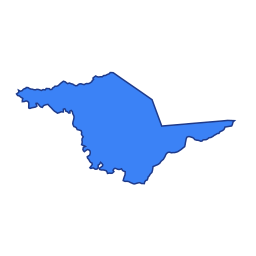 Sítio do Quinto, Bahia, Brazil, rotated 173°
{"feature_id": "56859067B85843569358413", "entity_name": "Sítio do Quinto", "entity_type": "district", "adm_level": 2, "iso_a3": "BRA", "parent_name": "Brazil", "parent_adm1": "Bahia", "projection": "albers", "projection_center": [-38.119, -10.319], "detail": "fine", "context": "isolated", "style": "filled", "palette": "blue", "viewbox_px": 256, "rotation_deg": 173, "n_neighbors": 0, "source": "geoboundaries", "source_scale": "gbopen_adm2", "svg_char_len": 3799}
<svg xmlns="http://www.w3.org/2000/svg" viewBox="0 0 256 256"><g transform="rotate(173 128 128)"><path d="M232.1,178.9L231.9,177.0L233.0,176.2L234.5,175.4L233.6,173.7L231.9,173.1L230.5,171.5L228.8,170.2L229.5,168.5L229.7,167.0L227.6,166.9L225.9,167.3L224.5,166.7L223.5,165.5L223.5,164.0L223.9,161.7L224.1,160.0L223.0,159.4L221.0,159.8L219.1,159.9L217.1,160.1L215.7,160.9L216.2,162.4L216.3,163.6L215.2,163.7L213.9,162.2L213.0,160.6L212.0,159.5L210.5,158.9L209.1,160.5L206.8,161.1L204.6,161.2L202.8,158.7L201.6,157.2L200.2,155.2L198.9,153.6L197.5,152.5L196.2,151.3L194.1,151.7L192.5,152.2L190.2,151.8L190.0,153.0L189.9,154.5L188.4,154.8L187.9,153.8L187.7,152.3L186.1,151.5L184.9,150.0L183.7,150.1L183.8,151.7L182.3,152.4L181.3,151.1L181.1,149.0L180.3,146.8L180.2,145.5L180.7,143.6L181.2,142.3L181.8,140.9L182.3,139.0L182.1,137.8L181.5,136.0L180.2,135.4L179.3,134.6L178.6,132.6L176.7,131.9L174.9,131.1L174.5,129.1L175.0,127.6L174.5,126.3L173.5,124.7L174.9,123.0L175.2,121.6L175.1,120.1L175.4,118.6L176.1,117.1L174.9,116.3L173.6,115.7L172.5,114.9L174.7,114.2L175.4,112.2L175.0,110.8L174.2,109.8L172.5,110.8L170.9,111.6L169.6,111.1L168.7,110.2L168.4,108.9L168.6,107.4L169.4,105.7L170.7,105.1L172.0,104.4L171.8,103.0L170.8,101.6L170.1,99.8L169.3,98.4L168.1,97.7L167.9,96.2L169.1,94.8L170.7,93.2L169.8,92.4L168.6,92.6L167.1,92.5L165.6,91.1L163.9,91.0L162.5,91.9L162.3,93.4L162.1,94.8L160.6,95.6L159.4,97.3L158.2,95.9L157.5,94.6L157.9,93.4L159.5,92.5L161.2,91.6L161.2,90.3L159.6,89.6L157.8,89.4L156.3,88.9L154.8,88.2L154.2,87.0L153.9,85.4L151.9,85.5L150.5,85.1L149.1,85.1L147.3,86.4L148.0,87.9L147.0,89.1L145.9,89.6L144.6,89.1L143.5,88.4L142.3,88.0L141.1,87.9L139.4,88.3L138.6,86.5L137.5,85.7L136.1,85.0L136.3,83.8L136.6,82.0L137.6,80.1L138.5,78.2L139.2,76.4L137.5,75.4L135.3,75.2L133.5,74.6L132.4,73.7L131.0,72.9L129.5,72.0L128.2,71.7L126.5,72.0L124.6,72.3L122.9,72.3L121.5,71.3L119.8,71.0L118.6,70.8L118.0,72.5L116.8,73.7L115.2,74.1L114.5,75.6L113.9,77.1L112.6,78.0L112.0,79.1L111.0,80.0L109.7,81.0L108.8,83.2L108.3,85.0L107.8,86.7L106.2,87.1L105.0,87.5L103.4,87.9L102.1,88.4L100.5,89.4L99.5,90.7L98.0,91.8L96.7,92.6L95.8,93.8L95.0,94.8L94.4,95.8L93.8,96.9L92.9,97.9L91.6,98.8L90.1,99.0L89.0,98.6L88.0,98.1L86.4,98.1L84.8,97.9L83.2,98.1L81.6,98.4L79.7,99.3L77.9,100.2L76.8,100.9L75.4,101.8L74.0,102.6L73.6,103.8L73.2,104.9L72.9,106.1L72.5,107.3L72.1,108.5L71.7,109.8L70.8,111.6L69.4,112.1L67.8,111.9L66.3,111.2L65.0,110.6L64.0,109.8L63.2,108.4L61.5,107.6L60.1,107.3L58.7,106.8L57.7,106.1L56.2,106.0L54.8,107.1L53.4,107.0L51.9,106.9L50.4,107.4L49.0,108.4L46.9,108.5L44.8,109.3L43.4,110.2L42.0,110.7L40.1,111.6L38.4,111.6L37.4,112.9L36.2,113.4L34.5,113.9L33.0,114.8L32.2,116.0L31.7,117.1L24.9,117.4L24.0,118.7L23.5,120.0L22.9,121.3L21.5,122.3L27.0,123.2L28.4,123.4L33.0,123.5L66.7,124.8L70.6,124.9L91.1,125.7L94.3,125.8L99.6,148.4L100.2,151.1L100.7,153.2L110.5,162.0L120.2,170.6L129.1,178.5L132.3,181.4L134.7,183.6L136.0,184.7L137.5,185.0L138.9,185.2L140.1,184.1L142.2,183.6L143.8,182.9L145.8,183.0L147.3,182.0L149.1,182.2L151.1,182.2L152.7,182.8L153.7,183.6L155.0,182.9L156.7,181.8L156.3,180.3L157.6,179.6L158.2,178.5L159.3,177.8L161.0,177.0L162.4,176.9L163.6,177.2L164.7,177.0L166.3,176.4L167.9,177.0L169.2,177.6L170.5,177.7L171.9,177.3L173.2,176.3L174.8,176.3L176.2,177.2L177.5,178.3L178.9,178.8L180.7,179.8L182.5,179.4L183.5,180.2L184.7,181.5L186.4,182.3L188.0,181.4L189.5,180.5L190.8,179.5L192.2,178.5L193.8,178.1L195.4,178.4L196.7,177.4L197.8,177.0L198.9,175.6L200.6,175.6L201.3,176.7L202.8,176.9L204.3,177.2L205.6,175.9L207.6,176.5L209.5,175.8L211.1,176.7L212.3,177.2L213.7,177.5L215.2,177.2L216.7,177.5L218.2,178.2L219.7,178.5L220.8,179.1L222.3,180.3L224.1,180.6L224.8,179.7L226.0,179.7L227.4,179.0L228.5,178.0L230.3,177.6L232.1,178.9Z" fill="#3b82f6" stroke="#1e3a8a" stroke-width="1.5"/></g></svg>